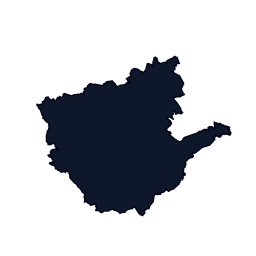 outline of Tlaltenango de Sánchez Román, Zacatecas, Mexico, rotated 140°
{"feature_id": "50627088B31443203772787", "entity_name": "Tlaltenango de Sánchez Román", "entity_type": "district", "adm_level": 2, "iso_a3": "MEX", "parent_name": "Mexico", "parent_adm1": "Zacatecas", "projection": "robinson", "projection_center": [-103.236, 21.775], "detail": "fine", "context": "isolated", "style": "filled", "palette": "ink", "viewbox_px": 256, "rotation_deg": 140, "n_neighbors": 0, "source": "geoboundaries", "source_scale": "gbopen_adm2", "svg_char_len": 5751}
<svg xmlns="http://www.w3.org/2000/svg" viewBox="0 0 256 256"><g transform="rotate(140 128 128)"><path d="M49.8,63.3L51.3,66.0L53.0,67.7L52.9,68.5L54.2,70.4L54.4,72.1L54.8,72.1L55.2,72.8L56.1,73.0L57.2,75.4L57.9,75.6L58.1,76.9L59.3,75.7L59.7,74.6L61.3,72.8L61.2,72.3L63.1,72.4L62.6,73.9L63.0,75.0L64.6,76.6L66.4,76.7L67.3,75.4L68.8,76.1L69.3,76.9L70.8,77.9L74.4,78.5L75.0,79.3L76.5,79.7L77.8,79.4L90.5,84.3L92.4,84.4L94.1,83.5L95.9,83.6L97.5,84.1L97.9,84.7L97.9,85.5L98.7,86.8L98.8,88.7L99.9,89.8L99.5,91.7L100.1,92.2L100.1,93.9L100.6,96.3L98.5,96.4L98.3,98.2L99.4,98.6L99.8,100.4L99.7,101.5L99.0,103.3L98.0,102.6L95.7,103.0L95.0,102.7L92.2,103.4L91.5,104.1L91.1,106.3L91.8,106.5L91.7,107.2L91.3,107.7L91.7,109.6L91.5,110.7L88.6,109.3L88.1,106.5L87.7,105.9L87.4,106.4L87.4,107.9L85.8,109.9L84.9,110.2L84.5,109.6L83.3,111.2L82.2,111.4L81.6,110.1L82.6,108.3L82.4,107.8L79.7,107.1L78.2,104.8L76.4,104.7L76.1,107.5L75.3,108.9L75.0,110.2L74.4,115.8L74.5,121.2L73.4,121.6L70.9,120.8L67.7,118.3L66.7,118.4L63.4,117.5L63.3,119.9L62.8,121.3L62.5,123.6L56.9,126.2L56.6,127.0L55.0,134.9L57.0,139.5L57.9,142.8L56.9,142.2L55.5,143.2L54.2,142.9L52.3,145.8L51.0,145.4L51.8,144.3L48.8,146.2L48.1,146.0L47.9,145.1L47.2,144.6L45.1,150.7L46.1,150.8L46.1,152.7L49.3,152.9L53.4,154.2L55.0,154.3L56.4,153.6L58.4,155.2L60.6,155.8L61.6,156.4L62.8,159.7L62.5,160.8L62.1,161.0L62.2,161.8L61.8,161.5L61.8,162.0L61.1,162.4L61.0,162.9L62.0,163.1L62.2,163.5L61.5,164.3L61.5,164.7L63.3,164.9L64.3,163.4L66.1,162.7L68.2,160.5L69.2,158.6L69.5,159.5L69.5,161.7L70.8,163.8L71.8,164.8L76.0,161.9L76.6,161.1L77.5,160.9L78.2,161.1L78.7,160.3L80.5,160.4L80.7,161.7L82.0,163.3L82.7,166.6L84.9,169.5L86.6,169.9L88.0,170.0L91.6,168.1L91.4,167.6L92.3,165.6L93.3,165.8L93.3,166.1L97.5,166.7L97.5,165.0L98.1,163.0L97.2,162.3L97.0,161.7L97.8,161.1L98.5,162.1L99.4,162.1L99.4,163.2L100.9,163.3L102.3,163.0L105.7,165.1L107.9,166.1L109.0,166.2L110.4,167.1L110.0,167.8L109.5,170.1L110.3,170.4L109.7,171.2L109.9,174.4L111.6,175.0L111.9,175.4L112.2,175.2L113.8,176.7L115.2,177.1L115.5,176.5L118.0,177.3L120.3,176.7L125.5,183.1L127.1,183.9L127.5,184.5L127.4,185.0L128.3,186.1L129.7,186.5L130.8,186.0L131.7,186.3L132.7,185.5L134.4,185.2L135.0,185.9L136.1,186.2L136.7,185.8L137.1,184.1L138.5,184.2L139.5,183.5L140.7,183.6L141.6,184.5L143.0,184.7L148.1,188.2L148.9,188.2L150.8,189.2L151.7,190.1L151.9,191.1L152.9,192.3L153.5,193.6L154.6,194.7L154.6,195.2L155.8,195.4L156.2,195.2L156.6,194.3L158.7,193.9L159.7,194.4L160.0,195.9L161.5,195.6L161.9,196.4L162.5,196.5L164.0,195.8L164.8,195.8L164.9,195.4L165.9,194.7L166.8,195.9L166.3,198.1L167.4,198.6L168.4,197.9L169.0,198.8L169.7,201.5L169.3,203.1L170.1,203.6L171.6,204.1L173.8,202.8L175.4,202.6L176.7,203.0L176.8,202.0L178.5,201.6L181.7,203.2L182.3,204.5L183.0,204.2L183.0,202.5L183.5,200.7L183.5,197.9L185.4,193.2L185.7,191.1L186.9,190.1L186.3,189.0L186.6,187.9L186.4,186.0L186.6,185.5L186.0,184.4L185.7,182.1L187.6,180.1L187.8,179.1L189.0,178.6L189.7,177.5L191.7,177.6L191.9,176.8L193.0,176.4L192.9,176.1L193.1,175.7L194.5,175.3L195.6,174.4L199.0,170.1L199.1,166.8L199.6,166.6L198.0,165.0L197.4,164.8L196.4,165.4L196.0,164.6L195.0,164.1L194.5,163.1L194.6,161.9L195.8,160.4L194.7,157.3L195.0,156.3L195.7,157.3L196.0,157.1L196.4,158.4L197.7,158.5L199.6,159.9L201.2,160.1L202.2,159.5L202.8,159.6L203.8,157.8L204.2,157.6L206.7,158.4L206.8,156.6L205.5,154.6L205.9,153.7L206.2,149.9L206.8,149.2L207.1,150.5L207.9,150.4L208.7,151.0L209.7,150.9L210.3,151.6L210.9,151.3L210.1,148.6L208.3,146.4L208.7,145.7L208.4,145.3L209.7,143.4L209.1,142.6L208.5,142.3L208.4,141.8L208.9,141.0L208.8,140.5L207.4,139.3L207.4,139.0L207.9,138.4L207.5,137.8L207.5,137.1L207.1,136.7L206.2,136.9L205.5,135.8L204.9,135.8L204.5,134.3L202.8,135.4L203.0,134.3L201.3,132.3L202.4,131.2L202.2,130.7L202.7,129.4L204.2,127.6L204.5,126.6L204.2,120.1L203.5,118.2L204.1,115.1L203.6,112.8L203.7,110.3L204.2,108.4L204.0,107.5L203.4,106.8L203.9,105.7L203.6,105.0L204.5,104.0L205.5,103.8L207.2,100.9L208.8,99.3L208.1,99.1L207.4,98.0L206.6,97.6L207.0,96.6L206.4,95.9L206.4,94.9L206.1,94.9L206.1,94.1L206.4,93.7L206.0,92.7L205.7,92.5L205.2,92.8L204.5,91.9L202.6,91.2L201.7,89.7L202.1,89.1L203.0,88.9L203.3,87.3L204.1,86.4L205.6,85.7L204.8,84.5L203.4,84.1L203.3,81.4L202.5,80.1L199.7,79.8L196.2,77.0L193.9,76.7L191.9,75.6L191.5,74.9L191.6,74.0L190.2,73.0L190.2,72.2L189.6,71.7L189.0,69.1L189.1,68.0L186.3,66.8L184.3,65.4L183.6,65.9L182.7,66.0L180.4,65.6L177.3,64.2L176.4,63.4L175.7,63.9L173.5,63.3L174.5,55.4L174.2,53.6L172.9,51.5L172.3,52.0L170.1,52.0L169.3,52.7L169.0,53.6L168.0,54.2L166.9,54.3L166.2,53.7L165.0,54.4L164.2,53.0L163.6,52.8L161.6,54.4L156.2,55.4L154.8,56.4L152.4,58.8L149.7,60.0L148.3,58.3L145.6,56.4L144.2,57.3L142.1,56.1L141.2,56.0L139.7,56.1L138.1,56.9L137.8,56.4L138.2,55.5L137.6,54.9L137.7,53.6L137.4,53.4L135.0,53.2L131.9,52.0L131.8,52.3L127.5,52.2L126.0,52.5L125.4,52.2L124.9,52.8L122.9,53.2L122.5,54.1L121.7,54.5L121.3,54.3L121.5,54.7L121.1,55.0L120.6,54.8L119.9,55.2L119.4,55.2L118.7,54.6L118.8,53.8L117.6,54.6L116.7,55.9L115.9,56.1L115.3,56.6L115.1,55.3L114.8,55.3L114.6,55.8L114.0,55.8L113.6,56.5L114.2,58.4L114.8,58.6L114.7,59.2L114.1,59.0L112.8,59.7L111.4,61.2L111.3,61.7L110.8,62.0L109.7,61.4L109.4,62.1L108.6,62.1L108.4,62.7L107.4,62.7L105.5,65.2L104.6,65.6L103.7,65.3L102.4,65.8L100.3,65.2L99.6,65.9L98.8,65.6L98.4,65.1L98.6,64.7L98.1,64.2L96.7,64.2L96.1,64.4L95.7,65.2L96.3,66.7L95.6,67.3L92.4,65.7L83.7,65.5L76.4,62.5L71.2,63.1L70.7,63.6L70.1,63.7L69.1,63.3L68.5,64.7L66.2,65.4L65.5,66.1L64.5,63.4L64.2,63.3L63.6,62.0L62.7,61.9L62.5,62.5L62.1,62.5L61.5,62.2L61.2,63.1L60.5,63.1L60.2,62.4L58.4,61.8L57.4,60.5L56.3,60.3L54.7,57.2L53.7,57.2L52.2,58.4L52.7,59.3L52.1,59.6L52.2,61.0L51.1,61.6L51.1,62.6L49.8,63.3Z" fill="#0f172a" stroke="#020617" stroke-width="1.5"/></g></svg>